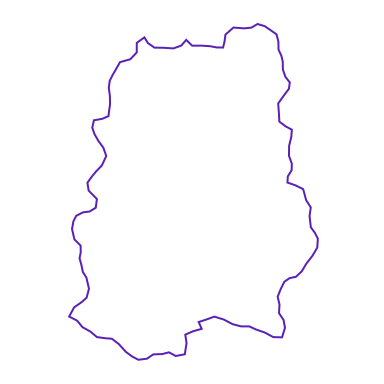 Senador Amaral, Minas Gerais, Brazil (Mercator projection), rotated 89°
{"feature_id": "56859067B51175740111103", "entity_name": "Senador Amaral", "entity_type": "district", "adm_level": 2, "iso_a3": "BRA", "parent_name": "Brazil", "parent_adm1": "Minas Gerais", "projection": "mercator", "projection_center": [-46.219, -22.558], "detail": "fine", "context": "isolated", "style": "outline", "palette": "violet", "viewbox_px": 384, "rotation_deg": 89, "n_neighbors": 0, "source": "geoboundaries", "source_scale": "gbopen_adm2", "svg_char_len": 1751}
<svg xmlns="http://www.w3.org/2000/svg" viewBox="0 0 384 384"><g transform="rotate(89 192 192)"><path d="M63.1,99.0L57.2,100.3L51.2,103.0L43.2,103.0L35.9,104.7L31.1,111.3L27.4,116.5L25.2,123.6L28.7,129.7L29.3,137.1L28.3,147.7L35.2,155.8L42.3,156.9L48.1,158.4L47.9,164.8L46.5,171.6L45.8,180.6L45.7,189.3L39.8,195.1L45.5,200.3L48.1,208.2L47.3,217.8L47.0,227.0L42.3,233.5L36.6,236.9L41.9,244.6L51.5,244.8L58.2,251.4L60.9,261.7L68.0,265.9L73.4,269.2L79.3,272.3L86.4,273.4L94.5,272.4L102.9,272.4L108.9,273.4L114.7,274.2L117.2,280.3L118.6,288.8L125.9,290.6L132.4,288.5L139.3,284.7L146.1,279.9L154.5,277.1L164.0,281.7L169.6,287.4L174.5,291.6L180.9,296.4L188.8,295.3L197.4,287.2L206.0,288.5L209.7,294.6L210.5,301.5L213.8,308.2L219.3,311.1L226.9,312.6L237.3,310.4L243.7,304.3L250.4,304.3L256.3,305.6L262.8,303.9L270.1,302.5L275.7,299.1L286.9,296.7L295.8,299.2L300.2,304.3L305.3,311.9L314.4,317.0L318.6,309.1L325.2,303.9L329.8,296.0L335.4,289.6L336.7,281.3L337.3,274.7L342.7,267.9L350.6,261.0L355.3,254.9L358.8,248.6L357.9,240.0L353.7,233.6L353.5,224.6L351.9,217.8L355.7,211.1L354.1,202.0L343.0,200.1L334.5,201.2L331.2,193.3L329.0,184.7L322.1,187.6L319.9,180.3L317.0,171.8L320.1,162.4L324.9,153.6L327.2,145.3L327.4,137.0L330.6,130.4L333.8,121.6L338.5,113.3L338.9,104.5L329.4,101.4L321.5,102.7L314.7,107.1L305.9,106.5L298.2,108.2L290.6,105.0L283.3,101.2L279.8,95.9L278.6,89.6L273.3,83.7L265.6,78.9L257.9,72.7L249.7,67.7L240.9,67.0L235.2,69.7L229.4,73.8L218.0,74.9L209.5,73.5L202.2,78.0L191.1,80.8L187.2,88.3L184.2,96.4L178.0,95.9L172.0,92.0L165.4,91.7L157.5,94.4L147.6,94.1L138.4,91.7L131.4,91.1L128.3,96.8L123.2,103.4L113.7,103.8L105.0,104.3L96.9,98.3L90.5,93.3L84.2,92.3L78.5,96.6L71.2,99.0L63.1,99.0Z" fill="none" stroke="#5b21b6" stroke-width="2"/></g></svg>